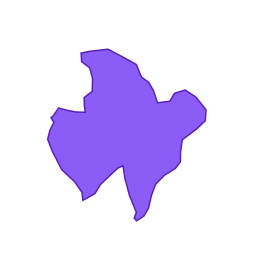 Lekeberg, Orebro, Sweden, rotated 335°
{"feature_id": "70781695B87625473444636", "entity_name": "Lekeberg", "entity_type": "district", "adm_level": 2, "iso_a3": "SWE", "parent_name": "Sweden", "parent_adm1": "Orebro", "projection": "albers", "projection_center": [14.811, 59.203], "detail": "fine", "context": "isolated", "style": "filled", "palette": "violet", "viewbox_px": 256, "rotation_deg": 335, "n_neighbors": 0, "source": "geoboundaries", "source_scale": "gbopen_adm2", "svg_char_len": 824}
<svg xmlns="http://www.w3.org/2000/svg" viewBox="0 0 256 256"><g transform="rotate(335 128 128)"><path d="M62.6,86.0L63.1,91.8L56.4,96.9L50.4,104.3L49.6,116.2L50.3,137.7L56.9,154.1L59.1,166.8L56.5,174.5L70.3,173.5L79.2,167.5L101.6,160.1L107.5,160.1L103.8,172.8L100.8,189.9L100.0,207.8L95.5,212.3L96.6,215.7L105.2,214.5L112.7,209.3L120.9,198.9L129.1,190.7L141.0,186.2L153.7,184.7L159.5,181.7L161.1,180.9L165.5,172.0L172.2,161.6L190.1,157.8L201.2,154.0L206.4,144.4L203.7,133.2L202.6,128.8L195.9,117.7L184.7,116.2L177.3,121.4L165.4,117.7L166.9,104.4L166.1,95.5L161.7,87.3L162.4,74.0L154.9,63.6L143.1,48.1L125.3,42.2L117.0,40.3L116.8,41.2L114.0,48.3L118.7,57.3L116.8,68.2L111.1,79.6L101.1,81.9L97.8,89.5L95.9,95.7L87.4,91.4L80.3,86.2L73.6,80.5L65.1,85.6L62.6,86.0Z" fill="#8b5cf6" stroke="#5b21b6" stroke-width="1.5"/></g></svg>